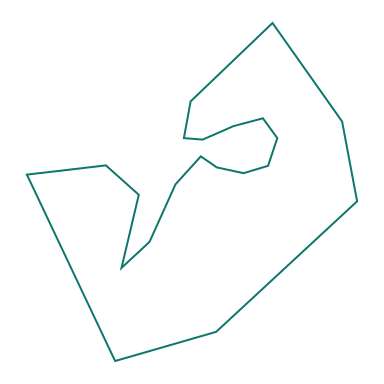 outline of Dagupan
{"feature_id": "PHL-5541", "entity_name": "Dagupan", "entity_type": "Independent Component City", "adm_level": 1, "iso_a3": "PHL", "parent_name": "Philippines", "parent_adm1": "", "projection": "natural_earth1", "projection_center": [120.332, 16.046], "detail": "fine", "context": "isolated", "style": "outline", "palette": "teal", "viewbox_px": 384, "rotation_deg": 0, "n_neighbors": 0, "source": "natural_earth", "source_scale": "10m", "svg_char_len": 388}
<svg xmlns="http://www.w3.org/2000/svg" viewBox="0 0 384 384"><path d="M26.9,174.6L105.9,165.4L138.8,194.8L121.5,267.9L149.5,241.9L175.5,184.3L200.8,156.4L216.8,167.4L243.5,173.2L268.1,165.8L277.3,138.1L262.9,118.3L233.5,126.1L202.7,139.6L183.9,138.1L190.6,101.4L272.5,23.0L342.1,121.5L357.1,201.3L216.2,331.8L115.1,361.0L26.9,174.6Z" fill="none" stroke="#0f766e" stroke-width="2"/></svg>